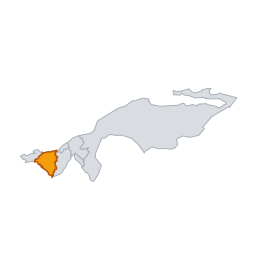 Nicaragua highlighted among its neighbors, rotated 125°
{"feature_id": "NIC", "entity_name": "Nicaragua", "entity_type": "country or territory", "adm_level": 0, "iso_a3": "NIC", "parent_name": "North America", "parent_adm1": "", "projection": "albers", "projection_center": [-84.819, 12.872], "detail": "fine", "context": "with_neighbors", "style": "filled", "palette": "amber", "viewbox_px": 256, "rotation_deg": 125, "n_neighbors": 6, "source": "natural_earth", "source_scale": "50m", "svg_char_len": 4815}
<svg xmlns="http://www.w3.org/2000/svg" viewBox="0 0 256 256"><g transform="rotate(125 128 128)"><path d="M40.8,56.2L52.9,56.7L52.3,57.6L70.6,65.9L84.6,67.2L84.8,65.1L93.5,65.9L100.4,72.3L102.9,78.2L105.4,80.0L109.5,81.9L113.0,77.9L117.2,78.1L120.6,80.5L124.5,87.5L127.3,90.8L129.6,97.2L137.1,100.5L139.1,100.4L135.8,109.0L134.4,119.0L137.5,129.1L140.8,133.4L143.8,139.4L149.4,141.2L151.5,143.6L167.7,140.0L171.1,137.8L173.9,128.4L183.1,125.8L191.0,125.6L192.2,126.8L192.0,129.5L189.1,132.7L187.8,136.1L188.8,137.1L186.6,143.8L185.3,142.3L183.2,142.5L181.2,145.8L180.2,145.1L179.6,146.2L169.7,145.9L169.6,149.1L167.2,149.0L172.5,153.8L172.4,155.7L165.5,155.6L162.7,160.1L163.5,161.1L162.6,164.0L154.0,155.9L149.7,154.3L139.5,157.0L117.1,147.3L111.6,142.8L103.3,140.1L101.3,137.4L95.8,133.8L93.5,130.1L92.4,127.3L94.2,126.9L93.8,125.3L95.1,124.0L95.3,122.1L91.9,114.3L80.8,100.2L76.5,97.5L75.7,96.1L76.8,92.9L71.6,88.4L70.7,84.6L68.0,83.9L63.2,77.9L63.2,76.2L59.5,67.7L59.8,65.7L56.5,63.2L54.8,63.2L52.1,61.4L51.0,63.5L51.6,70.1L57.8,78.4L58.3,80.3L59.2,80.3L59.8,83.9L65.0,90.5L66.2,95.7L68.7,100.9L68.7,103.8L71.1,104.2L74.6,109.5L72.0,112.3L71.1,112.2L70.1,108.7L67.0,105.3L61.0,100.6L61.6,96.6L61.2,93.6L55.6,88.9L54.9,89.5L50.8,86.3L48.1,82.8L50.6,83.0L52.7,81.3L53.2,78.9L49.7,74.6L46.9,72.8L40.8,56.2Z" fill="#d9dde1" stroke="#a8b0b8" stroke-width="1"/><path d="M215.2,192.3L213.1,192.8L213.1,195.1L214.3,195.9L213.5,196.6L213.0,199.8L209.9,198.6L208.8,197.4L209.2,195.2L203.6,192.1L203.3,190.5L201.8,189.5L202.2,191.1L201.1,192.4L198.1,190.3L197.3,189.2L198.1,185.7L196.5,185.0L198.6,183.2L202.2,184.6L203.5,183.9L205.2,184.4L207.8,185.9L209.1,184.7L210.5,187.7L215.2,192.3Z" fill="#d9dde1" stroke="#a8b0b8" stroke-width="1"/><path d="M211.7,162.0L209.9,161.9L204.7,164.2L202.1,163.2L200.8,165.6L197.4,168.5L195.8,167.4L194.6,168.9L192.2,169.0L192.3,171.7L189.1,173.2L188.2,171.5L186.5,171.0L186.9,168.7L186.2,168.1L182.7,168.3L178.2,165.0L179.3,163.6L179.3,161.5L186.1,157.1L191.5,157.8L196.3,156.4L199.3,157.1L201.8,156.5L205.1,157.4L211.7,162.0Z" fill="#d9dde1" stroke="#a8b0b8" stroke-width="1"/><path d="M178.2,165.0L182.7,168.3L185.1,167.7L186.9,168.7L185.9,172.3L180.8,171.6L175.6,170.0L174.1,168.8L177.2,166.0L176.9,165.4L178.2,165.0Z" fill="#d9dde1" stroke="#a8b0b8" stroke-width="1"/><path d="M162.6,164.0L163.5,161.1L162.7,160.1L165.5,155.6L172.4,155.7L172.5,153.8L167.2,149.0L169.6,149.1L169.7,145.9L179.6,146.2L179.0,156.9L184.4,157.9L179.3,161.5L179.3,163.6L178.2,165.0L176.9,165.4L177.2,166.0L174.1,168.8L167.9,167.6L162.6,164.0Z" fill="#d9dde1" stroke="#a8b0b8" stroke-width="1"/><path d="M179.0,156.9L180.2,145.1L181.2,145.8L183.2,142.5L185.2,143.3L183.7,153.4L180.6,156.9L179.0,156.9Z" fill="#d9dde1" stroke="#a8b0b8" stroke-width="1"/><path d="M211.7,162.1L211.5,162.3L211.3,162.4L211.0,163.1L210.9,163.1L210.9,162.6L210.6,162.6L210.4,162.7L210.3,163.0L210.5,163.3L210.9,163.4L211.5,165.7L211.4,166.1L211.0,166.7L210.7,167.3L210.3,167.6L209.9,169.1L209.5,171.4L209.8,173.5L209.6,175.4L209.8,175.9L209.8,176.5L209.5,176.6L209.4,176.6L209.2,176.2L209.2,175.9L209.4,175.5L209.4,175.1L209.4,174.8L209.2,175.4L208.9,175.6L208.7,175.7L208.5,176.0L208.7,176.5L209.0,176.9L209.1,177.2L209.0,177.5L208.9,178.6L208.7,178.5L208.4,178.5L208.4,178.9L208.4,179.2L208.2,179.4L208.1,179.6L208.3,179.7L208.5,179.8L208.8,179.8L209.0,180.3L209.1,180.8L208.6,181.2L208.4,181.6L208.1,182.0L207.9,182.4L207.9,182.7L208.1,183.6L208.4,184.3L208.7,184.7L209.1,184.8L209.1,185.3L208.8,185.6L208.2,185.8L207.6,185.9L206.7,185.6L206.3,185.6L206.1,185.5L206.1,185.3L205.8,184.9L205.3,184.5L205.0,184.5L204.5,184.4L203.7,184.1L203.3,184.1L202.8,184.3L202.2,184.7L200.7,184.2L199.7,183.8L198.7,183.4L198.3,183.3L198.1,183.5L197.9,183.8L197.7,184.0L197.6,183.9L197.2,183.3L196.4,182.5L193.7,180.2L192.7,178.9L192.1,177.9L191.6,177.4L190.1,176.3L189.8,175.9L188.3,174.5L187.2,173.7L187.2,173.3L187.6,172.9L187.9,172.9L188.1,173.2L188.5,173.6L189.0,173.4L190.5,173.2L190.8,173.1L191.0,172.9L191.2,172.5L191.2,172.2L191.3,171.9L191.5,171.7L192.0,171.6L192.3,171.6L192.4,171.4L192.3,170.9L192.1,169.6L192.1,169.3L192.2,169.0L192.3,168.9L193.0,168.8L194.2,169.0L194.5,168.9L195.0,168.2L195.5,167.6L195.8,167.4L196.1,167.3L196.4,167.8L197.4,168.5L197.6,168.4L197.8,168.3L197.7,168.0L198.0,167.7L198.6,167.5L199.1,167.0L199.7,166.4L200.2,166.0L200.6,165.9L200.7,165.7L200.7,165.1L200.8,164.7L201.1,164.4L201.4,164.4L201.5,164.2L201.4,164.0L201.5,163.8L201.8,163.4L202.5,163.1L202.8,163.2L203.2,163.6L203.6,163.9L204.2,164.1L204.7,164.0L205.0,163.8L205.3,163.7L205.5,163.8L205.7,163.7L205.8,163.4L206.1,163.6L206.3,163.6L206.5,163.5L206.6,163.4L206.8,163.2L207.3,163.3L207.8,163.2L208.5,162.8L208.9,162.7L209.1,162.7L209.3,162.5L209.6,162.2L210.3,162.0L211.7,162.1Z" fill="#f59e0b" stroke="#b45309" stroke-width="1.5"/></g></svg>